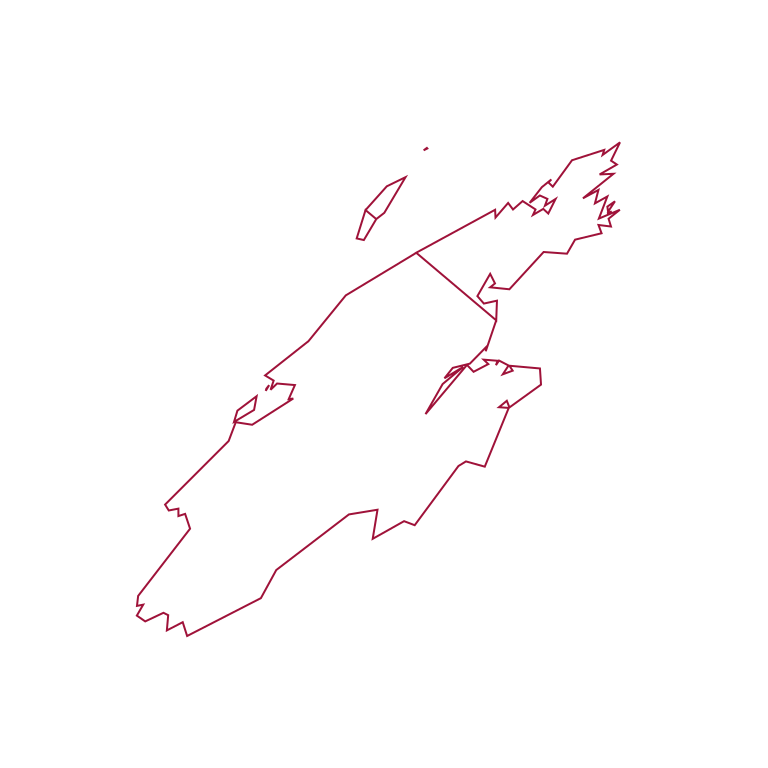 outline of Chukchi Autonomous Okrug, rotated 312°
{"feature_id": "RUS-2321", "entity_name": "Chukchi Autonomous Okrug", "entity_type": "Autonomous Province", "adm_level": 1, "iso_a3": "RUS", "parent_name": "Russia", "parent_adm1": "", "projection": "natural_earth1", "projection_center": [175.436, 66.707], "detail": "medium", "context": "isolated", "style": "outline", "palette": "rose", "viewbox_px": 768, "rotation_deg": 312, "n_neighbors": 0, "source": "natural_earth", "source_scale": "10m", "svg_char_len": 1928}
<svg xmlns="http://www.w3.org/2000/svg" viewBox="0 0 768 768"><g transform="rotate(312 384 384)"><path d="M147.9,302.0L237.7,306.7L256.4,299.4L265.5,313.3L312.5,326.3L309.0,323.3L323.6,318.5L312.8,304.2L303.8,303.6L312.7,299.7L310.8,289.9L365.3,299.2L424.3,296.3L503.1,320.2L506.4,424.8L476.4,437.7L480.4,435.2L456.6,434.2L442.0,424.3L428.7,425.1L449.7,431.4L423.2,427.6L389.4,435.0L453.7,432.9L453.0,442.4L468.6,448.2L468.8,441.8L477.3,452.9L472.9,454.6L478.4,453.8L481.1,464.2L470.7,465.8L480.0,470.7L481.5,465.0L499.9,489.5L488.6,501.1L450.5,492.9L453.7,486.5L443.7,485.0L449.7,492.7L390.0,514.2L381.3,496.7L372.9,494.2L299.6,501.3L295.5,490.7L261.4,479.2L286.2,463.3L263.6,445.2L173.7,428.4L142.5,435.8L65.0,406.3L72.3,393.8L55.6,387.5L67.8,378.3L66.4,373.2L47.8,365.4L46.5,355.3L58.9,352.7L53.8,348.9L62.0,343.1L146.7,336.7L154.4,323.1L148.3,319.6L153.8,314.6L146.0,308.7L147.9,302.0ZM503.1,320.1L587.8,350.0L582.3,355.5L601.6,355.1L600.0,363.1L612.7,364.6L615.1,379.8L609.3,381.6L620.7,385.2L620.6,392.0L636.3,387.7L624.2,384.3L630.9,381.6L628.4,373.7L616.1,371.0L635.9,369.6L648.0,371.5L643.8,371.3L643.6,377.4L676.1,374.0L705.3,391.0L700.5,393.2L721.5,397.7L701.9,403.3L702.9,410.2L684.0,404.0L693.8,413.9L655.1,407.6L671.7,413.5L659.4,419.9L672.8,424.5L650.7,433.0L671.3,442.7L657.1,440.3L652.9,447.3L645.7,437.0L641.6,444.8L619.1,429.4L603.3,432.8L588.9,414.3L538.3,413.8L526.9,398.2L533.0,399.2L536.9,389.2L511.8,394.6L510.6,404.4L521.5,412.2L506.4,424.8L503.1,320.1ZM500.9,253.9L532.8,253.8L552.1,261.6L511.4,269.7L501.4,267.9L500.9,253.9ZM501.4,267.9L477.5,272.7L473.9,266.3L500.9,253.9L501.4,267.9ZM289.7,297.5L277.8,304.8L255.5,297.9L266.1,292.9L289.7,297.5ZM665.3,431.3L674.3,433.4L662.0,435.2L665.3,431.3ZM301.8,299.7L306.3,299.4L299.8,300.7L301.8,299.7ZM660.8,436.0L664.6,437.7L660.2,436.8L660.8,436.0ZM588.1,257.9L588.0,258.6L584.2,257.1L588.1,257.9Z" fill="none" stroke="#9f1239" stroke-width="2"/></g></svg>